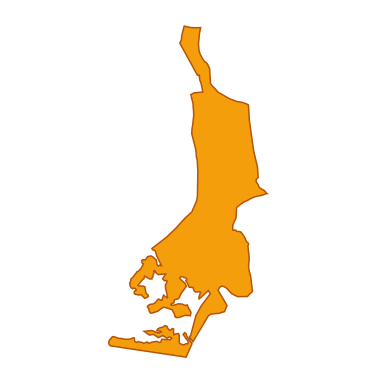 MIt Salsil, Ad Daqahliyah, Egypt, rotated 183°
{"feature_id": "37247803B51096510617520", "entity_name": "MIt Salsil", "entity_type": "district", "adm_level": 2, "iso_a3": "EGY", "parent_name": "Egypt", "parent_adm1": "Ad Daqahliyah", "projection": "robinson", "projection_center": [31.823, 31.238], "detail": "fine", "context": "isolated", "style": "filled", "palette": "amber", "viewbox_px": 384, "rotation_deg": 183, "n_neighbors": 0, "source": "geoboundaries", "source_scale": "gbopen_adm2", "svg_char_len": 5116}
<svg xmlns="http://www.w3.org/2000/svg" viewBox="0 0 384 384"><g transform="rotate(183 192 192)"><path d="M116.9,194.3L117.8,194.9L119.1,196.7L124.0,199.4L125.1,200.1L126.4,202.8L128.2,205.2L128.6,207.2L128.6,207.8L126.7,210.0L126.8,211.1L127.9,220.3L132.6,236.4L134.8,247.6L137.9,263.7L138.6,267.4L140.2,281.9L142.9,283.1L147.1,284.2L151.8,284.7L159.7,287.2L164.6,289.7L171.3,293.1L174.5,296.5L177.3,298.9L179.2,301.3L180.9,316.2L183.2,320.5L184.6,322.0L185.7,322.6L186.5,323.0L189.2,326.9L191.1,330.2L192.4,333.6L193.3,340.3L192.8,350.9L192.0,356.6L197.3,356.2L202.1,356.2L205.6,356.8L208.5,357.3L210.5,347.2L210.5,343.4L212.0,340.1L203.4,326.2L192.7,308.9L190.7,309.1L190.7,308.2L190.8,307.2L190.3,306.2L190.3,304.8L188.5,300.5L187.6,297.1L186.7,293.3L186.5,292.3L187.1,292.3L189.9,291.9L195.5,291.0L198.3,289.1L197.9,288.1L197.0,284.8L195.6,280.4L195.2,276.1L194.7,273.2L194.3,268.4L194.8,259.3L195.3,255.0L195.3,250.2L190.3,233.9L189.4,227.1L188.5,224.3L187.2,212.7L186.4,188.3L186.9,183.5L191.2,172.0L197.3,165.9L206.2,155.0L215.1,145.5L229.1,133.5L228.3,132.2L225.9,131.7L223.6,125.9L222.3,123.5L218.6,116.8L219.5,116.8L220.4,117.3L221.8,116.3L223.2,117.8L223.7,120.7L224.1,122.1L227.4,125.0L229.7,126.0L233.0,125.1L234.9,121.8L237.7,121.8L238.6,120.9L238.1,118.5L237.2,118.0L236.7,117.5L239.1,112.7L241.5,109.9L242.9,109.4L243.3,108.4L247.1,103.2L248.5,101.8L248.5,100.4L249.5,97.5L249.0,96.5L249.0,95.1L248.1,93.6L246.2,92.2L244.4,93.1L243.4,92.6L242.5,91.2L244.4,89.8L244.4,87.9L243.5,86.9L239.3,86.3L237.4,86.8L233.7,83.4L231.4,84.3L230.0,85.7L230.4,86.7L232.3,88.2L232.7,88.7L233.7,93.0L234.1,94.9L235.5,95.4L240.2,95.5L241.1,96.0L236.9,101.7L235.4,103.1L235.0,105.5L232.6,104.5L230.3,103.0L227.5,103.0L227.5,103.9L226.6,105.4L226.6,107.3L226.1,108.2L225.6,109.2L226.1,110.6L225.6,111.6L225.1,111.6L223.8,109.6L222.8,108.7L221.4,107.7L215.8,108.6L214.0,108.6L216.8,103.8L214.9,101.9L212.6,102.3L212.2,101.3L212.6,99.9L213.6,98.0L213.6,96.1L213.1,93.2L212.2,90.8L210.9,85.5L211.3,85.0L215.0,87.5L216.0,84.1L216.5,82.2L217.4,82.2L219.3,83.2L220.2,83.2L223.0,79.4L225.4,78.0L228.2,77.6L230.5,75.7L230.5,74.7L229.1,73.3L228.7,71.3L227.3,68.9L225.9,68.9L224.5,69.4L219.8,71.2L217.0,73.6L215.1,75.0L213.7,75.5L211.9,75.0L209.5,74.5L205.8,73.5L202.6,68.1L202.6,66.7L201.2,65.7L197.5,66.2L196.1,67.1L192.3,68.5L187.2,68.4L186.7,71.8L190.4,77.6L190.4,78.5L190.9,79.0L192.3,78.6L194.1,78.6L196.0,79.6L197.8,79.6L200.2,79.6L202.0,78.7L205.3,77.8L206.7,77.8L207.2,78.7L205.3,80.2L204.4,80.1L203.9,83.5L200.6,84.4L200.1,84.9L199.2,85.8L197.8,89.7L193.5,96.3L193.5,96.8L192.6,97.3L194.0,100.2L194.9,101.1L196.8,102.6L198.2,103.6L200.0,105.5L198.6,106.9L197.2,106.9L193.9,105.9L192.6,104.9L193.0,103.5L193.5,103.0L193.0,102.5L192.1,101.1L189.8,96.7L188.9,96.7L186.1,96.7L184.7,93.3L183.3,92.4L182.8,92.3L179.6,92.8L178.2,92.3L179.6,87.5L179.6,86.1L179.2,85.6L170.5,94.4L168.4,91.4L176.6,79.2L181.6,68.8L183.5,59.8L185.5,50.2L185.5,49.2L186.9,47.3L186.4,45.9L184.6,44.4L183.2,42.5L169.0,69.6L168.2,69.9L166.8,70.9L164.4,71.5L164.0,71.5L161.8,71.8L159.6,72.1L158.3,72.4L157.1,72.9L155.2,73.6L153.6,74.1L153.2,74.3L153.0,75.1L152.8,75.5L152.3,76.9L151.9,78.4L151.1,80.5L160.8,95.2L160.3,96.3L159.5,98.1L158.7,98.8L157.3,99.6L156.9,99.5L155.3,99.3L154.9,99.2L152.7,97.8L152.0,97.4L149.1,94.5L147.0,92.5L144.6,91.4L140.9,89.9L140.5,89.9L137.7,90.1L135.9,90.2L134.8,90.3L132.0,90.5L131.2,90.5L130.0,91.9L128.3,93.9L126.7,95.6L126.5,96.3L126.4,96.7L127.1,99.8L127.4,101.9L127.6,102.5L127.7,103.1L128.2,106.2L129.1,111.4L130.6,115.6L131.4,119.1L131.6,120.4L131.6,122.1L131.4,128.9L131.5,129.7L133.0,139.0L133.1,139.7L133.5,140.7L132.8,142.5L133.0,143.7L135.2,145.5L136.6,148.8L137.8,150.5L139.5,152.9L141.0,154.4L141.3,154.7L143.5,155.1L145.5,155.0L145.8,155.5L146.1,156.0L147.0,156.3L148.4,156.0L149.3,156.1L149.5,158.6L149.5,161.2L147.8,165.6L146.7,168.5L146.7,169.3L146.7,172.6L146.7,178.1L146.0,179.7L145.5,180.1L144.0,181.1L141.8,183.1L138.6,185.3L136.3,186.4L136.0,186.6L133.2,188.4L130.2,189.9L129.2,190.4L127.1,191.1L122.2,192.3L118.0,194.1L116.9,194.3ZM190.8,26.9L189.3,26.7L184.0,40.5L187.8,45.4L188.7,46.4L190.1,48.8L190.6,50.3L192.0,51.2L193.4,49.3L190.1,45.0L188.3,43.0L187.8,42.1L188.3,40.2L190.2,40.2L192.1,38.8L195.8,39.8L196.7,40.7L197.1,44.6L197.1,47.5L198.0,49.9L199.0,49.9L201.8,49.0L202.7,48.5L202.7,49.4L203.2,50.9L203.1,54.2L204.5,54.7L206.4,52.8L207.3,52.9L208.3,53.8L209.2,54.8L210.1,56.7L212.0,57.2L214.3,55.3L216.7,54.9L219.0,53.5L219.9,51.6L216.2,51.5L215.3,50.6L217.6,49.6L220.4,49.7L223.2,51.1L225.1,51.6L232.5,50.3L227.0,46.9L223.2,47.8L220.4,46.3L218.1,44.8L215.3,46.2L213.4,47.2L213.0,46.7L209.3,44.7L206.9,46.1L204.6,45.2L206.0,43.3L207.9,43.3L211.1,43.3L214.4,43.4L215.4,40.5L216.3,40.0L219.5,41.0L223.8,40.1L227.0,38.7L228.4,39.2L228.4,39.7L229.8,39.7L231.2,38.8L232.2,38.3L234.5,39.3L235.9,39.3L237.7,39.8L239.6,38.9L241.5,39.9L241.9,43.2L243.3,43.3L245.2,42.3L246.1,41.8L250.8,41.4L254.5,42.0L257.8,42.0L260.6,43.0L263.4,43.5L264.3,43.0L265.7,40.7L266.6,40.2L267.1,38.3L267.1,35.9L265.4,34.1L235.5,31.2L191.7,27.0L190.8,26.9Z" fill="#f59e0b" stroke="#b45309" stroke-width="1.5"/></g></svg>